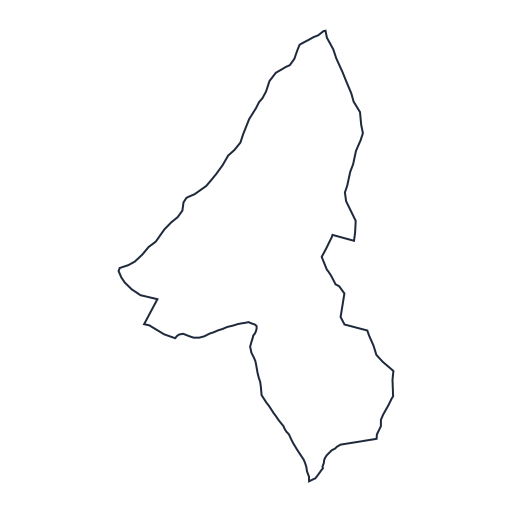 outline of Ijumu, Kogi, Nigeria
{"feature_id": "59680162B15951041920960", "entity_name": "Ijumu", "entity_type": "district", "adm_level": 2, "iso_a3": "NGA", "parent_name": "Nigeria", "parent_adm1": "Kogi", "projection": "mercator", "projection_center": [5.957, 7.842], "detail": "fine", "context": "isolated", "style": "outline", "palette": "slate", "viewbox_px": 512, "rotation_deg": 0, "n_neighbors": 0, "source": "geoboundaries", "source_scale": "gbopen_adm2", "svg_char_len": 2455}
<svg xmlns="http://www.w3.org/2000/svg" viewBox="0 0 512 512"><path d="M188.3,196.9L187.9,197.1L187.4,197.4L186.4,197.9L183.7,202.1L183.5,202.4L182.4,210.6L177.7,217.1L171.3,222.3L164.4,229.4L155.7,241.7L148.7,246.9L142.3,254.6L134.8,261.6L128.4,265.1L119.7,268.0L118.6,271.1L121.3,277.4L124.8,282.6L128.0,285.7L131.8,289.4L140.5,295.2L157.4,299.2L144.1,324.2L149.2,325.3L164.1,334.3L175.1,338.2L177.2,335.8L179.2,334.5L183.2,333.8L186.5,335.1L189.8,336.4L193.8,337.7L199.1,337.7L204.3,336.3L209.6,333.6L213.6,332.3L218.2,330.3L222.8,328.9L225.0,327.9L227.5,326.9L233.4,325.5L237.4,324.2L240.7,323.5L245.3,322.8L248.6,322.1L249.9,322.8L255.2,324.7L256.6,326.1L256.6,328.7L255.9,331.4L254.6,334.0L253.3,335.4L252.7,338.0L251.4,342.0L250.7,344.7L250.1,346.7L250.7,349.4L251.4,352.7L254.1,358.0L255.4,361.3L256.1,364.6L257.5,372.6L258.8,377.9L260.2,381.9L260.9,387.2L261.6,395.2L263.3,397.8L266.3,402.5L268.9,405.8L273.6,413.1L275.6,415.7L278.3,419.7L280.9,423.0L283.6,426.3L284.3,428.3L286.3,431.6L288.9,434.3L291.0,438.9L293.0,442.9L295.0,446.2L297.0,449.5L299.6,453.5L303.6,459.5L305.0,462.8L306.3,466.8L307.0,471.4L309.0,476.7L309.1,481.3L313.6,479.1L315.4,478.3L318.3,474.5L321.2,470.4L322.9,468.3L322.5,466.6L323.8,463.2L324.2,459.9L325.1,457.8L326.7,455.3L329.6,452.4L331.7,450.3L335.0,448.6L337.1,446.6L340.7,444.6L355.8,442.2L376.6,438.8L376.9,434.4L380.9,426.2L380.9,419.8L383.2,414.5L388.5,405.1L391.6,398.7L393.1,396.3L392.5,379.9L393.4,371.0L390.2,368.2L382.7,361.8L376.3,354.8L375.1,350.7L373.4,345.4L369.0,335.4L367.3,330.5L344.5,324.5L340.6,317.0L344.4,293.5L340.3,287.8L339.1,286.2L335.6,284.4L331.0,275.5L327.9,270.9L326.9,269.8L321.7,256.9L326.4,248.1L329.9,240.9L331.6,237.6L332.5,234.9L354.0,240.8L355.1,232.7L355.7,220.8L346.1,201.2L344.9,192.4L346.1,189.0L347.3,185.4L350.2,171.9L351.0,169.8L353.1,164.3L356.0,150.8L360.6,140.3L362.9,133.2L361.6,126.8L361.2,125.0L360.0,112.1L353.6,101.6L351.3,93.4L346.1,81.0L342.6,72.3L336.2,58.2L333.3,49.4L326.9,37.7L326.0,33.3L325.5,30.7L323.4,31.2L318.2,35.3L313.6,37.1L308.4,40.0L304.9,41.8L299.6,44.7L297.5,49.9L296.2,53.5L294.4,58.8L289.8,65.2L285.7,67.0L283.9,68.1L275.8,72.8L269.5,81.0L266.0,91.6L262.5,98.1L259.0,102.2L256.1,108.0L249.1,119.2L244.2,131.6L243.3,133.8L240.4,142.6L238.6,144.8L234.4,150.0L229.6,154.3L228.2,155.5L222.6,165.2L216.0,174.3L214.8,175.7L213.2,177.7L210.2,181.3L206.2,186.0L200.4,190.1L194.6,194.2L188.3,196.9Z" fill="none" stroke="#1e293b" stroke-width="2"/></svg>